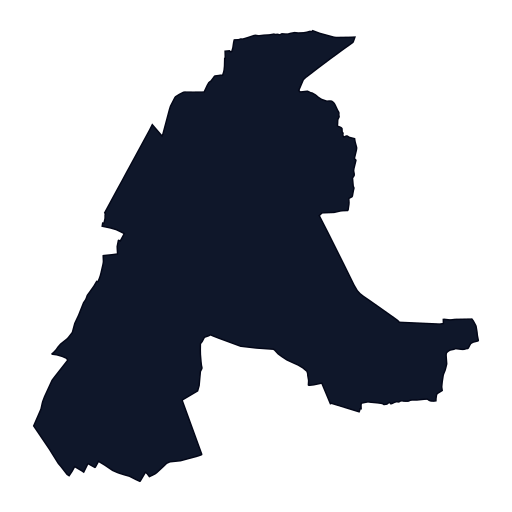 outline of Nong Don, Saraburi, Thailand
{"feature_id": "78962969B30488240486428", "entity_name": "Nong Don", "entity_type": "district", "adm_level": 2, "iso_a3": "THA", "parent_name": "Thailand", "parent_adm1": "Saraburi", "projection": "orthographic", "projection_center": [100.697, 14.698], "detail": "fine", "context": "isolated", "style": "filled", "palette": "ink", "viewbox_px": 512, "rotation_deg": 0, "n_neighbors": 0, "source": "geoboundaries", "source_scale": "gbopen_adm2", "svg_char_len": 5897}
<svg xmlns="http://www.w3.org/2000/svg" viewBox="0 0 512 512"><path d="M435.9,400.8L436.0,398.4L436.5,395.0L436.8,394.2L437.5,393.4L440.1,391.8L442.2,390.5L441.7,387.0L441.8,385.7L442.2,381.7L443.2,375.2L443.6,373.9L445.1,370.2L445.7,368.0L446.7,363.9L446.1,355.6L446.1,354.7L446.3,353.6L446.5,352.8L446.7,352.5L448.2,351.2L449.8,350.2L450.8,349.9L453.8,349.3L455.3,348.7L455.7,348.6L461.4,349.3L462.6,349.4L463.9,349.3L464.9,349.1L466.0,348.7L466.7,348.6L467.3,348.6L467.8,348.4L468.3,348.0L470.0,344.7L470.6,343.7L471.5,343.0L473.5,342.0L474.5,341.8L477.6,341.0L478.2,340.7L478.3,340.3L477.5,336.3L477.3,335.1L477.0,332.1L476.1,326.6L475.8,325.6L474.6,323.4L473.3,321.0L471.9,319.1L455.1,319.4L450.9,319.9L449.5,319.9L444.2,319.3L443.3,319.4L443.4,323.6L439.6,324.1L399.3,322.3L398.6,321.4L397.4,320.3L394.4,318.1L369.6,300.6L363.3,296.3L360.0,293.7L357.2,290.6L354.0,285.1L343.9,264.6L327.9,232.6L319.2,215.6L321.8,213.1L322.2,212.9L323.3,212.8L334.1,212.4L340.6,210.9L342.5,210.7L347.6,210.5L348.1,209.8L348.9,204.3L349.0,202.7L348.8,199.3L348.8,198.9L348.9,198.5L349.2,198.2L351.9,196.8L352.1,196.5L352.4,195.9L353.4,190.4L353.9,188.4L353.9,187.8L353.2,186.2L352.5,178.0L352.7,177.6L353.4,176.7L354.1,175.5L354.2,174.6L354.2,174.0L353.6,170.8L353.9,168.6L355.9,160.4L355.8,160.0L354.4,158.6L354.4,158.3L356.3,150.4L356.6,148.7L356.6,147.5L355.1,141.9L354.8,140.2L354.6,138.7L349.5,137.4L349.2,137.3L347.5,136.2L347.1,136.0L346.7,136.0L346.3,136.0L343.8,137.1L343.6,137.0L343.0,135.7L342.8,134.9L342.8,134.5L343.0,133.9L343.0,133.1L342.2,132.0L342.1,131.5L342.0,128.7L341.9,128.5L341.4,127.9L340.8,127.5L340.0,127.1L337.9,126.3L337.5,126.0L337.4,125.7L337.6,123.5L337.7,120.4L338.0,119.0L338.7,117.7L339.0,117.1L339.1,116.6L338.8,114.9L338.9,113.3L338.9,112.9L338.7,112.2L337.5,110.1L335.2,105.2L334.5,103.9L333.6,102.7L332.4,101.7L332.0,101.4L331.2,101.1L330.0,101.0L329.2,101.0L327.0,101.2L326.5,101.1L321.6,99.4L320.4,98.7L318.0,97.1L316.2,95.5L314.8,94.5L314.0,94.1L313.0,93.5L312.1,93.0L310.5,92.7L308.6,91.7L307.4,91.2L301.2,91.9L300.3,91.9L299.8,91.8L299.2,90.8L298.7,90.5L303.3,79.7L305.9,77.2L306.8,76.6L318.1,67.9L321.3,65.5L329.8,59.1L343.6,49.0L352.3,42.8L352.9,42.3L353.2,41.8L353.4,41.3L354.9,37.1L350.5,37.3L336.2,37.5L333.9,37.2L319.6,33.3L312.7,30.7L312.3,31.3L312.0,31.4L311.0,31.5L309.7,31.4L307.0,32.2L303.5,32.8L298.3,33.0L294.6,32.6L290.3,33.4L288.0,34.1L286.0,34.1L281.9,33.8L279.7,34.9L277.7,34.3L275.2,34.5L273.9,34.1L269.4,34.9L267.5,35.0L263.9,35.2L259.8,35.7L258.5,35.8L255.5,35.3L254.9,35.4L254.1,35.5L247.8,37.6L244.5,38.6L243.1,39.0L242.6,39.1L240.9,39.0L240.6,39.0L239.9,39.3L238.7,39.7L234.5,39.9L234.2,40.0L233.6,42.8L232.9,47.7L231.9,51.2L231.6,51.5L231.0,51.8L230.6,51.8L229.4,51.4L229.5,50.8L229.4,50.8L225.1,51.2L225.3,58.4L224.7,58.4L224.5,66.1L224.1,70.1L223.7,72.0L222.6,75.3L220.5,75.2L218.8,75.5L214.9,76.0L214.3,76.5L213.1,78.2L210.9,81.1L209.7,81.9L208.8,82.7L207.2,85.5L204.1,92.1L193.1,92.2L184.6,92.1L183.4,92.3L179.3,94.4L178.5,94.9L175.5,96.8L174.8,97.8L170.5,106.2L169.5,109.4L162.9,134.2L162.0,136.0L152.3,124.7L149.7,129.9L148.4,132.3L129.4,167.3L127.3,171.1L122.2,180.6L117.2,189.7L104.7,212.8L104.8,213.0L105.3,213.0L105.4,214.4L105.1,214.8L105.1,215.1L105.1,217.7L105.0,218.8L104.1,222.5L103.8,223.3L102.7,223.1L102.2,226.2L110.3,227.9L116.2,229.6L120.8,231.8L124.3,233.6L120.3,241.0L120.1,241.1L119.7,240.8L118.7,240.3L118.4,240.5L117.2,246.5L117.3,249.2L117.6,253.9L117.5,254.0L111.3,254.8L103.4,255.6L103.2,255.7L103.2,256.0L103.4,260.8L103.4,262.0L103.0,264.4L102.7,265.7L101.1,272.7L100.3,275.8L99.2,278.9L97.9,281.8L97.7,281.8L96.7,281.4L94.0,286.0L90.0,291.7L88.3,294.0L87.3,295.4L86.4,298.0L85.6,299.8L83.6,302.7L78.7,315.1L74.8,323.4L73.4,328.6L72.5,332.0L72.1,332.8L68.2,337.8L66.9,339.1L60.6,344.1L58.0,347.1L56.3,349.6L55.2,350.8L53.5,352.6L52.1,353.7L52.0,353.9L52.1,354.0L52.3,354.2L56.8,354.8L62.3,356.4L65.5,357.8L66.2,358.1L66.8,358.7L67.6,359.8L67.7,360.0L67.6,360.4L54.5,377.1L52.1,380.3L44.6,396.6L42.7,401.6L42.2,403.6L41.1,408.7L40.7,409.8L33.7,425.9L49.6,449.4L51.7,452.8L58.4,463.5L60.9,466.4L67.1,474.4L69.1,475.7L72.1,471.2L73.7,468.3L74.7,466.6L81.8,470.8L83.7,472.1L87.6,464.2L87.9,463.8L88.2,463.7L88.4,463.8L94.5,467.2L94.9,467.4L95.1,467.3L95.4,467.0L98.5,461.3L104.8,465.1L112.6,470.4L117.4,472.5L119.6,473.3L124.4,474.8L129.4,476.2L136.1,479.6L139.8,481.3L140.2,481.1L145.4,472.3L145.6,472.2L147.3,473.8L149.4,476.6L150.6,476.0L152.6,475.1L153.9,474.4L154.8,474.0L155.5,473.5L156.6,472.7L157.7,471.7L163.2,466.6L166.6,463.3L169.9,461.8L180.6,460.7L198.2,455.9L201.0,454.9L201.6,454.6L201.7,454.2L196.1,438.8L182.3,400.8L182.4,399.9L197.6,390.9L199.1,385.6L200.3,372.3L200.4,371.4L201.5,369.3L201.9,368.3L201.9,367.5L201.4,365.3L201.0,361.8L200.4,354.4L200.3,349.8L200.4,343.7L201.7,342.1L202.2,341.4L203.3,339.3L204.0,338.0L204.2,337.6L204.5,337.3L205.1,337.0L208.6,335.8L210.5,334.8L213.0,335.9L218.9,338.2L240.6,346.2L256.2,348.0L273.3,349.2L274.5,349.9L278.2,353.9L281.9,356.6L286.9,359.9L293.2,362.8L298.1,365.0L302.8,367.8L307.0,371.3L307.7,373.7L307.8,375.5L308.6,380.2L308.6,381.5L308.4,384.8L308.5,385.1L309.1,385.3L310.1,385.2L313.7,384.8L321.8,383.1L330.4,403.7L331.5,403.3L359.1,411.8L359.4,411.1L360.1,408.8L361.1,408.8L361.0,405.4L361.2,403.5L361.3,403.2L363.6,402.7L367.6,401.9L368.5,401.9L370.6,402.2L377.3,402.8L381.1,403.3L382.4,403.6L382.8,403.7L383.6,404.4L384.3,404.5L384.8,404.4L386.9,404.1L388.4,402.9L388.9,402.6L389.6,402.4L389.8,402.5L390.6,403.6L390.8,403.8L391.0,403.8L392.5,403.3L394.0,402.5L396.3,401.7L396.9,401.7L398.2,401.9L398.8,401.9L399.1,401.8L400.4,401.0L401.8,400.8L402.3,400.8L403.0,401.0L403.7,401.1L405.9,401.2L407.8,401.2L408.8,401.0L409.7,400.5L410.0,400.3L411.9,400.0L416.8,400.0L424.6,399.2L426.7,399.1L427.5,399.2L428.0,399.5L429.1,400.3L430.0,400.7L431.1,401.0L433.7,401.1L434.6,401.0L435.9,400.8Z" fill="#0f172a" stroke="#020617" stroke-width="1.5"/></svg>